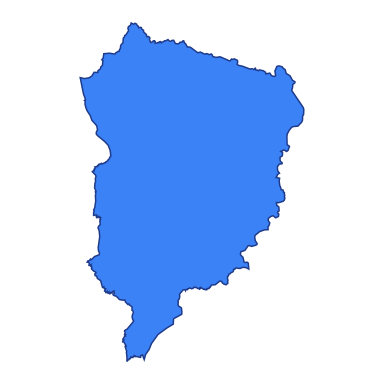 the district of Noen Maprang, Phitsanulok, Thailand
{"feature_id": "78962969B82229803115956", "entity_name": "Noen Maprang", "entity_type": "district", "adm_level": 2, "iso_a3": "THA", "parent_name": "Thailand", "parent_adm1": "Phitsanulok", "projection": "orthographic", "projection_center": [100.656, 16.557], "detail": "fine", "context": "isolated", "style": "filled", "palette": "blue", "viewbox_px": 384, "rotation_deg": 0, "n_neighbors": 0, "source": "geoboundaries", "source_scale": "gbopen_adm2", "svg_char_len": 5897}
<svg xmlns="http://www.w3.org/2000/svg" viewBox="0 0 384 384"><path d="M303.6,114.5L303.8,109.4L303.1,107.3L291.7,90.5L292.5,87.9L292.8,84.5L294.8,82.9L295.0,81.8L292.4,80.2L290.1,75.9L286.2,73.4L285.1,69.5L283.7,68.7L282.0,66.7L278.9,65.9L276.9,66.4L274.9,71.0L275.6,75.4L274.9,76.3L273.1,76.3L271.5,75.6L269.8,73.1L265.8,73.9L265.6,72.3L263.5,70.8L259.4,69.9L258.3,70.8L257.4,70.1L255.8,70.0L255.4,68.2L254.8,68.4L253.9,69.6L252.0,68.7L249.9,69.0L242.4,66.2L238.4,65.3L237.0,64.2L237.7,62.4L237.4,60.3L234.4,58.9L232.6,59.4L231.5,59.0L230.2,60.8L229.3,60.8L220.2,56.8L216.0,57.4L212.8,56.5L212.0,54.5L211.3,54.0L209.2,54.6L206.7,53.6L204.6,54.1L200.5,52.1L197.7,52.7L191.3,47.9L189.7,47.0L187.4,47.0L185.8,44.1L184.4,42.7L183.7,40.8L182.6,41.1L182.2,42.0L179.9,42.3L179.4,43.3L177.6,43.9L175.4,43.5L173.7,40.3L171.9,40.4L170.9,41.2L169.5,41.2L168.0,39.6L165.6,40.8L164.5,40.8L162.9,42.0L161.9,42.0L161.2,42.8L160.4,41.6L159.1,42.0L158.8,42.8L158.0,42.5L156.3,43.2L155.0,43.1L155.2,41.5L154.4,40.7L153.3,40.9L152.2,42.0L150.7,42.5L149.4,39.5L149.9,38.1L149.6,37.4L148.5,36.5L146.9,36.8L146.3,34.4L143.7,32.1L143.5,30.2L141.9,29.3L141.3,27.6L139.9,27.3L138.7,27.8L138.1,26.1L137.0,25.2L136.6,24.1L135.0,23.3L133.5,24.2L131.2,23.0L130.4,25.4L128.4,26.6L127.9,28.6L128.5,29.9L128.4,31.0L126.0,34.7L124.7,35.5L124.5,36.8L123.3,38.1L122.9,42.9L121.4,44.3L120.6,45.8L120.4,48.6L119.6,49.4L119.2,51.2L118.3,51.3L115.7,52.9L114.8,54.1L109.6,53.2L103.8,53.7L103.2,58.0L101.8,59.8L102.9,60.6L102.4,65.5L100.9,66.8L100.3,69.0L98.0,70.6L97.8,72.5L94.1,72.3L91.7,76.2L89.0,77.8L84.4,78.6L80.2,77.6L83.5,94.0L85.3,98.8L85.1,99.6L85.3,100.3L84.7,100.5L85.1,100.8L85.0,104.1L85.7,107.0L87.0,110.6L90.3,115.7L91.9,120.3L96.7,125.7L97.5,129.7L96.3,132.2L96.3,134.1L97.5,135.6L104.9,141.7L108.2,145.3L110.1,150.3L110.6,153.6L110.7,156.5L110.0,157.0L108.7,159.6L108.1,159.8L107.7,160.9L105.9,161.8L105.7,162.6L104.6,162.7L102.9,163.8L101.4,163.3L101.0,164.1L100.1,163.8L99.3,164.6L98.9,164.4L97.8,166.1L97.4,165.7L96.9,166.6L95.2,166.9L95.5,167.2L95.0,167.5L94.9,168.8L94.5,168.8L94.6,169.4L93.9,170.0L94.1,170.8L93.4,170.7L92.3,171.7L95.6,175.1L96.0,176.4L95.3,178.8L95.6,181.5L95.0,183.1L94.6,187.8L96.0,191.3L95.3,191.9L95.9,193.1L95.4,195.5L95.7,201.1L94.7,207.8L93.6,210.0L94.2,211.0L93.6,212.4L93.6,215.4L96.4,214.9L97.0,216.1L96.3,216.5L96.6,217.6L97.5,217.5L98.6,216.4L99.0,217.5L99.8,217.0L100.7,217.7L100.2,218.3L100.5,219.2L99.9,219.7L100.3,220.7L99.8,221.3L100.3,224.5L98.6,226.2L98.0,227.9L99.2,230.8L99.7,236.8L98.2,247.4L98.4,250.4L99.5,253.3L99.1,254.8L94.6,256.5L91.6,259.5L91.2,259.7L90.6,259.0L89.4,260.5L87.6,261.1L87.2,262.2L88.3,262.1L89.3,263.3L89.0,265.2L90.8,264.7L90.0,265.6L90.6,266.1L90.7,265.8L91.3,265.9L91.9,267.1L91.5,267.6L91.5,268.9L93.8,271.2L95.8,272.1L96.0,272.8L94.8,274.0L95.1,275.6L96.6,276.0L97.4,278.5L100.6,280.6L102.5,287.4L103.6,287.0L103.4,287.6L103.9,288.1L104.4,288.1L105.0,288.9L105.6,288.9L105.1,289.9L104.6,290.1L104.6,291.1L105.4,291.3L105.8,292.4L106.2,292.1L106.9,292.6L107.4,291.5L108.1,293.0L108.8,292.2L108.8,293.1L109.8,292.8L109.9,293.7L111.0,293.1L111.2,292.4L112.0,292.9L111.9,292.3L113.0,291.9L113.2,291.1L114.0,291.1L113.6,291.7L114.5,293.1L113.1,294.8L114.3,295.7L116.3,296.2L119.4,299.5L122.0,300.1L125.0,300.1L125.4,301.9L128.0,304.6L128.8,304.0L129.6,305.1L132.0,306.8L132.0,310.3L132.8,310.7L133.4,312.6L132.4,314.9L132.1,316.9L132.8,319.9L133.4,320.4L133.6,321.3L127.1,329.1L124.8,330.4L124.5,331.2L125.2,332.4L124.6,334.6L125.5,334.7L124.9,335.4L125.4,336.0L124.8,336.1L123.1,338.7L122.9,339.4L123.9,339.9L122.6,341.2L122.7,341.9L123.8,341.9L126.2,346.1L125.1,346.4L126.7,351.5L126.4,352.3L127.0,357.5L126.9,360.9L127.4,361.0L127.9,359.9L128.8,359.8L129.4,358.6L130.0,358.8L130.8,357.2L131.3,357.4L131.2,357.0L133.0,357.4L133.3,356.5L134.1,356.1L134.6,356.4L134.5,355.7L135.6,356.3L140.4,357.4L140.4,357.8L140.8,357.0L140.6,355.6L142.5,354.9L144.2,359.6L145.6,354.5L149.1,349.5L151.5,343.5L158.0,334.5L166.7,328.1L173.3,324.1L173.5,319.2L174.0,318.5L181.7,314.3L181.9,311.9L181.4,307.8L178.5,306.0L178.0,304.3L178.3,301.8L177.9,300.6L179.3,298.9L179.8,296.2L179.5,294.2L183.1,289.9L185.0,289.7L185.5,290.6L185.6,290.1L186.7,289.4L187.5,289.6L187.7,288.8L188.6,288.7L189.5,287.9L191.8,288.8L193.2,288.2L193.8,287.3L195.4,287.5L195.6,287.2L198.3,288.7L199.4,288.5L199.6,289.1L200.3,288.6L200.0,287.9L200.7,288.0L200.8,287.5L203.6,289.3L204.6,289.1L205.0,289.7L206.2,289.8L206.7,289.0L207.1,289.3L207.5,288.5L208.4,288.7L209.4,288.1L209.4,287.2L210.4,287.1L211.3,285.1L215.3,284.7L219.8,281.1L221.6,281.4L222.3,282.9L223.8,284.0L226.0,284.8L227.9,283.2L227.6,281.8L228.0,280.2L227.4,278.2L227.6,276.4L228.5,275.8L228.8,274.2L230.2,273.7L231.2,272.5L232.7,272.0L233.5,270.9L233.5,269.4L234.7,269.3L236.0,267.9L239.9,268.5L242.9,267.3L246.1,267.6L248.8,269.1L248.3,263.1L247.2,262.2L245.1,262.5L244.1,262.1L242.9,257.2L240.9,255.3L240.4,254.3L240.8,251.8L244.9,250.4L248.2,245.7L249.2,245.6L251.7,246.4L255.8,245.2L257.0,244.4L257.1,243.5L255.3,240.7L254.8,238.0L254.8,236.0L255.4,235.1L259.6,231.6L264.4,229.9L268.1,229.7L268.0,226.8L269.0,225.5L269.8,222.9L268.2,220.6L268.4,218.3L270.8,216.5L273.1,215.7L275.6,217.8L278.4,216.5L278.8,214.2L277.5,212.6L277.7,211.9L279.1,210.9L278.9,207.5L278.6,206.6L276.8,205.4L276.4,202.6L278.5,202.7L282.9,201.4L284.3,200.2L284.9,198.1L284.3,196.7L284.8,195.3L284.4,194.6L284.4,192.5L283.5,192.1L283.1,190.1L281.1,189.7L280.7,187.6L279.7,185.4L279.2,181.0L279.6,178.2L276.1,177.5L277.2,175.7L277.4,174.5L279.5,173.2L277.6,170.7L277.4,166.7L279.3,164.1L281.8,163.9L282.2,163.3L282.0,162.5L280.5,161.5L280.1,160.1L280.0,157.3L282.2,156.0L282.5,155.1L282.5,152.4L280.8,151.4L284.1,149.9L286.5,151.5L288.0,150.5L289.5,146.3L287.1,144.7L286.9,136.8L287.2,134.1L289.3,130.1L291.6,127.4L293.0,126.6L298.0,126.1L301.7,122.1L302.5,120.3L302.6,116.1L303.6,114.5Z" fill="#3b82f6" stroke="#1e3a8a" stroke-width="1.5"/></svg>